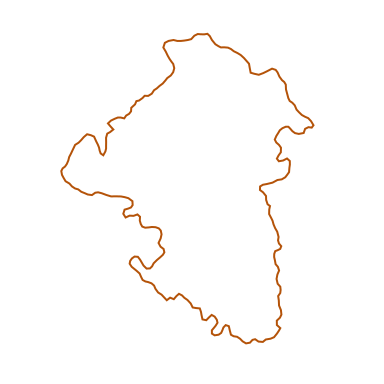 Elói Mendes, Minas Gerais, Brazil (orthographic projection), rotated 174°
{"feature_id": "56859067B9706700633058", "entity_name": "Elói Mendes", "entity_type": "district", "adm_level": 2, "iso_a3": "BRA", "parent_name": "Brazil", "parent_adm1": "Minas Gerais", "projection": "orthographic", "projection_center": [-45.591, -21.604], "detail": "fine", "context": "isolated", "style": "outline", "palette": "amber", "viewbox_px": 384, "rotation_deg": 174, "n_neighbors": 0, "source": "geoboundaries", "source_scale": "gbopen_adm2", "svg_char_len": 3860}
<svg xmlns="http://www.w3.org/2000/svg" viewBox="0 0 384 384"><g transform="rotate(174 192 192)"><path d="M205.4,338.7L203.4,334.3L201.9,330.1L200.4,326.7L198.9,323.9L197.3,321.3L196.7,317.0L198.2,313.1L200.9,310.1L204.7,307.9L206.8,305.7L209.8,302.9L213.2,300.9L216.2,298.7L219.1,297.2L221.7,294.0L225.4,292.2L229.1,292.6L231.4,290.6L235.1,288.5L237.8,288.2L239.5,285.1L243.6,282.1L244.2,278.6L246.4,276.3L249.5,274.9L251.7,272.3L255.1,273.5L258.0,273.8L261.2,272.9L265.1,271.5L268.4,269.0L266.3,265.9L263.7,262.4L267.3,260.1L270.2,258.9L271.8,254.9L272.2,250.4L272.6,247.1L272.9,244.2L273.9,241.4L276.4,237.8L278.8,239.9L279.5,242.8L279.8,245.9L280.7,249.0L282.0,252.4L283.6,257.3L286.7,259.1L290.3,260.4L293.9,257.9L296.9,255.1L299.6,252.9L303.3,251.1L305.7,247.2L308.5,242.6L310.5,239.6L311.7,236.3L313.6,232.9L315.6,230.6L318.2,229.0L319.8,226.5L319.5,222.6L318.2,219.4L316.6,215.9L313.0,213.2L310.8,210.1L307.9,207.7L304.9,206.5L302.1,203.8L298.9,202.1L295.9,200.4L291.8,199.4L288.3,201.4L285.4,201.5L281.9,200.2L277.5,198.0L273.0,196.1L267.7,195.6L263.1,195.0L259.4,193.9L255.9,192.5L252.2,189.1L252.4,185.2L254.3,183.0L257.1,182.2L260.9,181.5L262.6,177.5L260.7,173.6L256.5,175.0L252.6,174.4L248.6,175.4L246.3,172.8L246.9,169.0L246.3,165.6L245.1,162.8L242.3,161.4L238.6,161.3L235.6,161.4L231.9,160.8L228.8,159.3L227.1,156.9L226.7,153.1L228.0,149.2L230.6,144.8L229.0,140.9L226.2,138.3L225.8,134.9L227.5,132.6L230.6,130.3L234.0,128.0L237.6,125.1L239.5,122.2L241.8,120.4L245.2,120.6L247.9,123.9L249.3,127.0L250.7,130.1L252.6,133.2L255.9,133.8L258.7,132.2L260.7,129.9L261.5,127.2L259.8,123.9L257.6,121.7L255.5,119.6L252.6,116.4L251.5,112.9L250.3,109.7L247.7,107.9L245.0,107.0L241.8,105.4L239.5,102.9L238.5,99.6L236.2,95.6L233.0,93.1L230.9,90.3L228.4,87.0L224.8,89.2L221.3,87.3L218.4,90.1L215.6,92.1L212.7,90.2L210.7,87.6L207.8,85.1L204.9,81.2L203.4,77.1L200.3,76.2L196.4,75.4L195.6,71.8L195.4,68.8L194.9,64.2L191.2,63.0L188.5,65.3L185.3,67.7L182.5,65.7L180.7,62.4L180.3,59.3L182.5,56.5L184.5,54.5L186.7,52.4L187.0,49.1L184.5,47.1L180.4,47.3L177.7,48.8L176.2,51.4L174.9,54.0L172.4,56.1L169.4,54.7L168.9,50.5L168.2,46.0L165.7,44.2L162.3,43.3L159.5,41.0L157.3,38.2L154.1,35.8L150.1,36.1L147.3,38.6L144.6,39.0L141.5,36.3L137.2,35.5L134.0,37.6L129.2,37.9L125.6,39.0L122.3,42.3L120.0,45.1L118.4,47.4L121.5,50.8L121.1,55.2L117.7,57.8L115.9,60.7L115.9,65.2L117.3,70.0L117.0,75.1L117.2,79.5L114.8,82.3L114.1,85.3L114.1,88.6L116.4,91.8L117.0,96.7L115.7,101.0L113.6,104.8L114.4,108.6L116.4,111.5L116.7,115.6L117.1,118.7L116.7,121.8L115.4,124.5L112.8,125.2L110.2,126.2L108.9,128.8L110.9,131.7L111.5,134.9L110.6,138.2L111.4,143.6L113.1,147.4L114.3,151.3L114.9,155.0L116.0,158.0L117.6,162.0L117.0,166.6L115.9,169.9L118.1,171.9L119.1,176.4L118.8,180.3L121.4,184.3L124.2,186.9L123.7,190.4L120.7,191.8L116.8,192.1L110.9,192.9L105.8,195.0L101.4,195.2L97.7,196.9L95.5,199.2L93.4,201.6L92.6,205.9L91.8,209.0L91.5,212.6L94.0,215.4L98.1,213.8L102.4,213.5L104.1,216.3L102.1,219.3L99.5,222.2L98.9,226.8L100.6,229.8L103.0,232.4L104.2,235.5L102.2,239.0L99.9,241.9L98.2,244.2L95.4,246.0L92.0,247.1L89.3,246.8L87.6,244.6L85.8,242.0L83.4,239.8L79.7,238.6L74.8,239.0L72.9,243.0L69.4,244.3L66.2,243.5L64.2,245.7L66.2,250.0L68.7,253.3L71.7,255.0L74.7,257.1L77.3,260.2L79.4,263.0L80.8,267.5L82.9,270.3L85.3,272.3L86.4,275.3L87.0,279.2L87.8,284.2L87.5,289.0L88.8,291.8L90.8,293.8L93.0,297.6L94.4,302.0L96.0,304.7L99.5,306.3L104.6,304.3L108.7,302.8L113.3,301.6L117.8,303.1L121.2,304.5L121.6,309.2L121.9,313.6L123.9,316.4L126.3,319.8L129.2,323.1L132.2,325.4L135.7,327.6L138.3,330.1L141.1,331.8L144.7,332.5L148.2,332.8L150.5,334.3L153.3,336.5L156.3,341.1L158.0,345.2L160.1,347.7L163.5,347.5L167.1,348.0L169.8,348.5L173.3,347.2L176.8,344.1L180.2,343.6L183.9,343.4L187.0,343.4L190.9,343.8L194.5,345.1L199.5,344.7L203.4,343.2L205.4,338.7Z" fill="none" stroke="#b45309" stroke-width="2"/></g></svg>